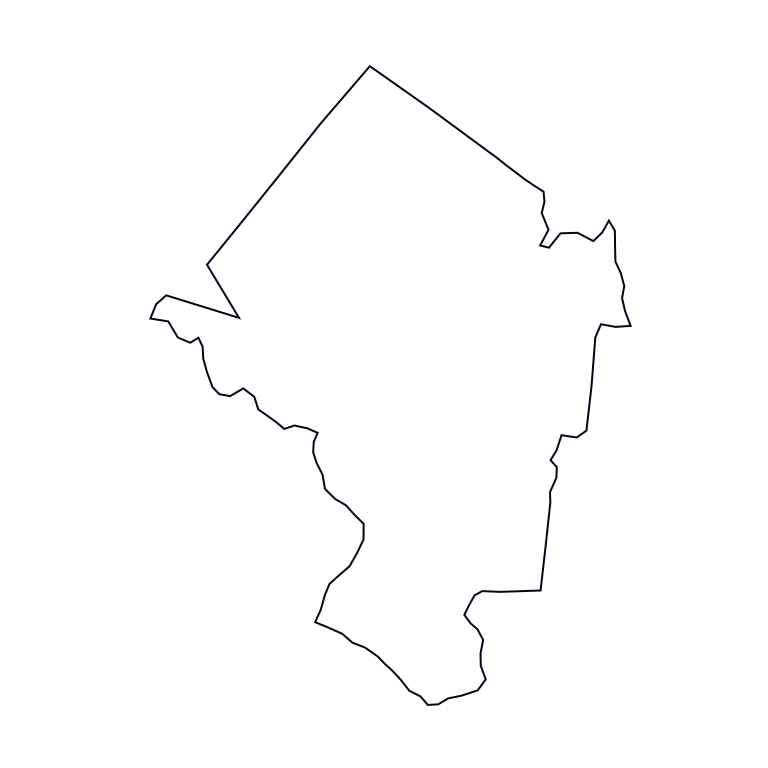 outline of Feira Grande, Alagoas, Brazil, rotated 6°
{"feature_id": "56859067B46372234110310", "entity_name": "Feira Grande", "entity_type": "district", "adm_level": 2, "iso_a3": "BRA", "parent_name": "Brazil", "parent_adm1": "Alagoas", "projection": "natural_earth1", "projection_center": [-36.66, -9.896], "detail": "fine", "context": "isolated", "style": "outline", "palette": "ink", "viewbox_px": 768, "rotation_deg": 6, "n_neighbors": 0, "source": "geoboundaries", "source_scale": "gbopen_adm2", "svg_char_len": 1506}
<svg xmlns="http://www.w3.org/2000/svg" viewBox="0 0 768 768"><g transform="rotate(6 384 384)"><path d="M336.7,69.4L293.8,131.5L284.6,145.9L256.8,189.4L225.7,237.6L195.5,283.9L232.9,333.4L158.1,318.6L149.1,328.5L144.8,343.3L162.9,344.3L174.1,359.3L187.0,363.2L194.6,357.4L199.7,365.8L201.6,377.8L206.7,390.6L213.7,405.0L221.4,411.4L232.3,412.1L244.5,403.1L256.4,410.4L261.6,422.4L272.8,428.6L281.3,433.5L289.4,439.1L299.4,434.6L312.3,436.1L323.1,439.5L320.2,448.9L320.7,459.4L325.3,469.7L332.5,480.9L336.2,494.4L347.3,503.4L359.0,508.7L367.5,516.5L378.4,525.2L379.9,540.7L375.1,554.4L368.8,568.8L357.6,580.8L350.6,588.7L347.3,600.0L344.7,615.1L340.4,628.1L353.9,632.0L368.8,636.9L379.7,644.6L392.6,648.1L406.2,655.6L414.3,662.4L422.2,668.2L431.8,676.6L441.2,686.4L453.0,690.9L461.1,698.6L471.4,696.9L480.8,689.9L493.3,686.0L509.2,678.9L516.0,667.1L509.7,654.1L508.2,642.1L509.3,628.1L502.7,618.3L495.0,612.9L488.0,605.2L491.7,595.3L496.1,584.8L503.3,579.7L521.1,578.6L561.3,573.0L561.7,525.5L561.8,484.5L560.4,474.2L565.2,459.2L564.6,448.7L557.6,442.3L562.6,431.8L565.9,416.4L581.2,417.0L590.2,409.3L590.6,364.1L589.3,315.6L593.5,301.9L608.4,303.0L623.2,300.4L616.2,286.5L611.8,273.8L612.7,261.4L607.7,248.5L601.4,238.2L599.6,224.5L597.6,207.4L590.6,198.0L585.1,210.6L577.3,220.0L560.7,213.4L543.8,215.7L533.8,231.2L524.8,229.9L531.5,213.4L523.0,197.5L524.5,186.0L522.6,176.1L510.8,170.1L503.1,166.0L483.2,154.0L472.0,146.9L399.6,104.5L336.7,69.4Z" fill="none" stroke="#020617" stroke-width="2"/></g></svg>